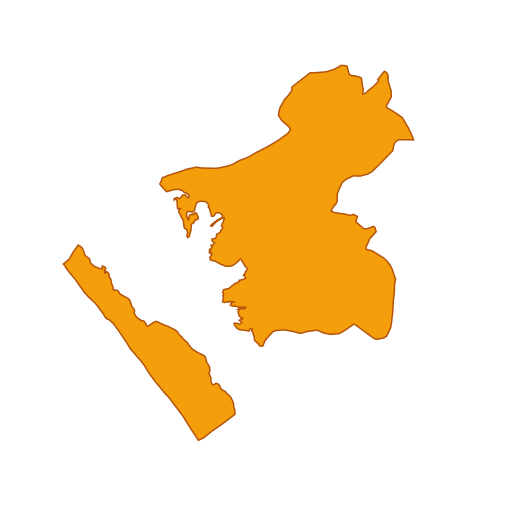 Sidi Salim, Kafr ash Shaykh, Egypt (Robinson projection), rotated 252°
{"feature_id": "37247803B12762735296795", "entity_name": "Sidi Salim", "entity_type": "district", "adm_level": 2, "iso_a3": "EGY", "parent_name": "Egypt", "parent_adm1": "Kafr ash Shaykh", "projection": "robinson", "projection_center": [30.738, 31.367], "detail": "fine", "context": "isolated", "style": "filled", "palette": "amber", "viewbox_px": 512, "rotation_deg": 252, "n_neighbors": 0, "source": "geoboundaries", "source_scale": "gbopen_adm2", "svg_char_len": 6143}
<svg xmlns="http://www.w3.org/2000/svg" viewBox="0 0 512 512"><g transform="rotate(252 256 256)"><path d="M317.8,441.7L322.0,441.6L331.0,440.4L342.6,437.9L349.8,432.3L357.2,425.8L358.8,426.8L365.5,433.8L371.0,435.5L382.0,435.7L385.2,437.0L388.4,437.4L391.3,436.1L392.0,435.1L390.4,432.5L386.2,426.4L385.3,427.1L383.7,425.4L380.8,419.8L378.9,414.4L377.3,411.4L377.0,408.8L377.3,407.5L381.2,409.5L385.7,409.9L391.2,411.0L393.1,411.0L396.7,406.1L397.7,403.4L398.7,401.8L400.3,400.8L408.4,401.2L409.3,399.9L411.0,396.0L409.4,388.0L409.5,379.7L412.5,366.9L413.5,364.2L405.6,342.3L402.4,341.3L398.2,335.6L396.3,331.9L389.9,324.9L387.6,323.2L382.8,320.8L376.7,322.4L369.2,327.0L366.6,327.9L364.7,326.9L362.8,324.2L359.3,313.6L356.5,301.3L354.3,288.1L352.4,279.1L351.9,269.5L350.3,261.9L350.3,257.2L351.1,248.3L352.0,244.3L356.3,232.1L357.3,229.8L358.9,227.2L360.0,216.3L359.7,212.7L359.8,196.4L359.2,194.1L359.6,191.6L358.2,190.1L357.0,189.5L354.7,187.1L353.7,186.8L345.0,190.6L344.7,191.6L344.6,197.9L343.6,202.5L340.7,206.5L338.7,207.4L336.5,210.1L334.2,211.0L332.9,210.7L332.3,209.4L333.6,208.4L334.2,208.4L336.2,207.4L336.5,204.8L334.3,201.8L334.6,200.1L335.2,200.1L335.9,199.5L335.9,196.2L335.3,195.5L334.6,195.5L334.9,195.8L334.9,196.8L334.3,197.8L332.3,197.8L325.6,196.0L324.6,196.7L324.6,197.7L324.9,198.3L324.6,198.7L323.6,197.3L321.7,196.0L319.8,196.6L314.6,197.2L312.6,197.9L305.5,196.5L304.2,196.8L302.6,198.1L301.3,198.4L299.1,198.1L298.4,197.4L296.8,196.7L296.8,196.4L294.6,196.7L294.9,198.0L295.5,199.0L297.1,199.7L300.3,202.0L305.8,204.1L306.5,205.1L306.8,207.1L308.7,208.8L309.0,209.8L308.7,210.7L309.3,212.7L311.6,213.1L312.2,212.8L314.2,212.8L315.8,212.1L315.8,211.2L314.5,209.5L315.5,208.8L315.5,206.2L315.2,205.2L314.5,204.5L312.0,203.8L311.3,202.8L315.2,202.2L317.5,202.9L319.4,204.6L319.0,206.2L317.4,209.2L317.4,210.2L318.4,211.5L324.2,215.2L325.4,217.2L325.4,219.9L323.4,224.8L321.8,225.8L319.5,226.8L317.0,225.7L315.7,226.4L307.6,226.0L306.9,227.6L307.3,228.6L309.2,230.9L308.8,233.3L308.2,234.9L304.9,236.8L303.3,235.8L303.0,235.2L302.1,229.9L299.5,223.2L298.6,222.2L297.9,223.5L300.2,227.5L301.4,230.8L302.4,235.2L302.4,237.5L301.7,237.5L298.2,235.1L297.2,233.8L295.3,232.4L293.7,233.1L292.4,232.7L291.1,230.4L290.1,229.7L289.2,228.4L289.2,227.4L288.6,225.1L287.3,224.7L285.3,223.1L285.7,219.4L285.0,219.7L284.4,219.1L283.7,219.1L282.8,219.4L281.5,220.7L280.2,219.4L279.9,217.4L280.2,216.7L279.2,216.4L277.9,217.0L277.0,216.0L276.7,214.0L276.0,213.4L274.7,214.3L274.1,212.7L273.1,212.7L272.8,213.3L272.8,214.6L270.9,214.3L268.9,211.6L266.4,211.3L263.4,215.9L259.8,219.1L255.6,224.1L255.0,226.0L254.3,228.3L254.3,231.7L256.2,237.0L257.8,239.6L257.8,240.6L249.4,242.5L248.1,243.5L247.1,243.8L246.1,243.5L245.2,242.5L244.5,241.2L242.6,240.1L242.0,238.5L241.3,238.1L241.0,238.8L238.4,239.4L237.8,239.1L237.8,234.5L238.1,232.5L237.1,232.5L236.2,228.2L236.5,227.5L235.6,226.2L235.3,224.2L234.3,222.5L233.4,219.5L233.7,218.5L233.7,216.2L234.0,215.9L234.0,214.9L232.1,213.2L229.2,213.2L228.6,212.2L226.6,212.2L224.7,211.5L224.4,210.8L223.1,210.1L222.7,210.1L221.4,211.8L221.8,213.1L220.5,215.7L220.8,216.1L220.8,217.4L220.0,219.5L219.2,220.7L219.1,218.0L217.2,216.4L215.9,217.7L215.3,218.7L214.6,221.0L212.0,224.6L211.7,225.9L211.7,227.9L210.4,230.2L210.0,230.2L209.7,229.5L209.7,227.5L210.7,225.2L210.7,223.9L211.0,223.3L210.7,222.3L210.4,222.9L209.7,223.2L208.5,221.6L203.9,221.5L200.7,224.1L200.4,223.5L200.7,222.8L200.7,221.8L199.8,220.2L197.8,222.1L196.5,221.1L196.5,218.8L197.8,217.2L198.8,214.9L198.5,214.2L196.9,214.2L192.7,215.8L190.7,218.1L188.9,222.4L186.8,226.0L187.8,227.0L188.7,229.0L187.7,230.0L186.1,228.6L183.9,229.6L183.2,229.3L178.4,229.2L176.4,228.5L173.2,230.2L171.9,231.1L169.6,231.5L168.7,233.1L168.2,234.7L172.8,238.4L178.9,248.8L178.9,252.4L176.9,260.3L173.0,267.6L169.1,273.5L168.4,277.1L168.4,281.1L166.7,290.7L165.1,293.0L161.8,296.6L158.6,302.2L156.6,310.1L156.9,314.1L161.0,328.4L140.6,343.1L139.3,346.0L138.6,352.3L139.5,355.6L146.3,362.0L150.8,364.3L159.8,368.4L171.1,372.8L178.2,376.2L185.9,378.9L191.0,381.6L202.0,381.4L205.6,380.8L210.4,379.2L214.9,376.6L225.0,368.1L228.3,362.8L231.5,363.8L232.1,365.1L237.3,369.5L242.0,377.8L246.6,377.9L247.9,376.9L247.6,369.6L248.6,367.0L256.3,362.4L257.0,361.8L258.6,361.8L261.2,364.1L262.5,364.5L265.7,361.2L265.4,359.5L266.1,356.9L268.0,354.3L273.2,343.7L275.5,341.4L278.4,344.1L280.6,347.8L282.9,350.1L290.0,352.5L294.5,356.2L299.3,360.9L301.2,365.6L302.1,373.5L299.8,379.8L299.4,387.7L300.4,392.4L305.8,403.3L314.0,418.7L317.3,420.4L320.1,422.4L321.7,424.4L322.4,428.0L317.8,441.7ZM307.9,70.3L304.8,71.7L304.3,71.3L297.6,73.6L289.8,76.8L274.0,81.6L272.4,82.6L269.8,83.5L260.4,88.7L248.0,92.9L243.8,93.8L241.9,95.1L240.9,96.5L236.0,99.4L227.3,102.3L212.4,106.5L206.9,107.7L190.7,114.5L187.1,115.8L179.0,117.7L169.0,120.9L153.4,127.0L149.5,129.0L125.8,137.2L113.3,140.2L98.5,144.3L99.2,149.7L103.5,161.3L106.3,170.9L112.0,187.2L115.9,188.2L120.1,188.3L121.7,188.9L125.0,189.0L129.2,188.4L132.4,187.1L134.0,185.8L136.3,185.1L139.2,182.5L141.2,181.5L144.4,181.2L146.7,179.9L147.3,178.3L147.0,177.9L146.7,175.9L147.3,175.0L149.0,174.3L152.2,174.7L153.5,175.4L158.7,175.1L159.6,175.4L161.2,176.8L165.1,177.5L170.6,176.2L171.6,176.5L175.5,176.6L175.5,176.2L177.4,175.9L181.9,171.0L187.1,166.7L190.1,165.4L195.2,163.8L199.5,161.2L202.0,160.3L205.6,158.3L207.9,158.0L210.8,156.1L216.3,150.5L218.9,147.2L224.5,141.3L224.8,139.0L223.2,134.0L222.9,132.0L222.9,131.0L223.2,130.4L225.2,130.4L228.7,129.4L230.0,127.1L233.6,124.2L235.9,123.2L238.8,122.6L239.8,122.6L241.4,123.6L243.0,123.6L245.3,122.7L246.9,122.3L252.4,122.4L254.0,121.8L255.3,121.1L261.5,115.2L265.7,113.9L266.7,112.6L267.0,111.0L268.3,109.7L270.2,110.4L275.7,110.1L278.0,110.8L281.2,110.1L284.8,110.5L284.8,110.2L286.4,109.9L287.7,108.6L286.7,108.5L286.7,107.9L286.4,107.6L286.7,106.9L287.7,106.9L289.3,107.6L290.6,109.3L291.3,109.3L292.6,108.6L293.9,106.6L291.3,105.9L291.9,104.3L295.2,100.0L297.1,98.4L300.4,96.5L304.9,96.8L307.8,94.5L310.4,93.3L311.4,93.6L313.3,93.6L316.6,93.3L318.5,92.7L321.4,90.2L316.0,83.1L310.8,77.5L307.9,70.3Z" fill="#f59e0b" stroke="#b45309" stroke-width="1.5"/></g></svg>